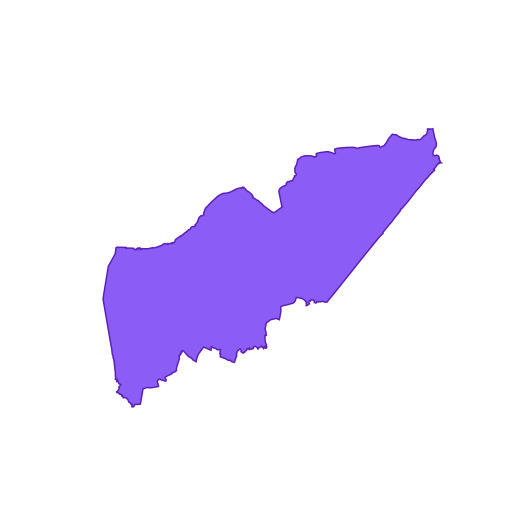 Mueang Samut Songkhram, Samut Songkhram, Thailand (Mercator projection), rotated 204°
{"feature_id": "78962969B53970702814040", "entity_name": "Mueang Samut Songkhram", "entity_type": "district", "adm_level": 2, "iso_a3": "THA", "parent_name": "Thailand", "parent_adm1": "Samut Songkhram", "projection": "mercator", "projection_center": [99.999, 13.396], "detail": "fine", "context": "isolated", "style": "filled", "palette": "violet", "viewbox_px": 512, "rotation_deg": 204, "n_neighbors": 0, "source": "geoboundaries", "source_scale": "gbopen_adm2", "svg_char_len": 6104}
<svg xmlns="http://www.w3.org/2000/svg" viewBox="0 0 512 512"><g transform="rotate(204 256 256)"><path d="M146.2,444.2L147.5,443.0L148.7,443.0L149.3,442.2L150.4,442.2L151.0,441.8L150.9,441.4L150.0,440.0L150.1,439.3L149.6,437.1L150.8,434.7L151.5,434.1L152.6,430.6L153.2,429.3L153.6,428.8L155.5,428.3L156.3,427.5L158.6,426.3L159.9,426.0L162.5,424.9L164.6,424.2L168.0,423.9L170.6,423.1L172.1,423.3L174.3,423.2L175.8,423.7L177.1,423.8L179.1,423.0L181.0,422.7L182.5,417.6L183.2,411.3L183.6,410.1L183.6,409.3L186.7,405.7L188.2,406.8L189.3,406.7L193.5,404.5L205.2,397.3L207.3,395.4L209.3,395.4L211.6,394.7L217.4,392.0L223.7,388.5L225.7,387.3L227.5,385.6L227.4,385.1L225.2,382.1L226.3,381.2L228.7,381.2L232.6,380.6L234.2,379.8L239.4,376.6L242.1,374.5L242.4,373.9L242.4,373.2L241.2,372.0L241.7,371.2L242.7,370.5L242.8,370.0L244.5,370.2L246.3,369.9L251.4,367.8L253.0,366.7L254.9,364.9L257.2,360.9L256.7,359.4L256.1,356.1L256.3,353.7L256.1,351.6L254.2,348.0L252.6,347.3L252.2,346.8L252.3,345.5L253.2,345.2L253.5,344.7L252.9,343.3L253.3,342.3L253.2,339.9L254.8,338.6L255.4,338.4L255.9,337.3L257.2,336.9L258.0,334.8L257.4,333.7L257.4,333.0L260.0,330.1L261.3,327.9L261.7,326.5L261.6,324.9L260.9,323.6L252.7,312.0L252.0,311.5L257.1,302.7L258.1,303.0L258.6,302.6L269.8,305.1L271.8,306.1L275.6,307.0L276.1,307.5L276.9,307.6L277.7,307.3L281.1,308.1L282.4,307.9L282.9,308.3L283.0,309.2L283.6,309.8L285.9,310.9L289.3,311.8L289.6,311.5L290.3,311.7L293.7,313.2L294.6,313.0L294.9,313.7L296.4,313.3L296.3,312.5L298.3,311.7L300.0,310.1L300.4,310.1L305.5,303.9L308.4,301.5L311.3,300.0L313.5,297.7L315.1,295.3L319.2,285.9L320.8,280.9L321.5,279.5L321.5,275.7L321.1,274.9L321.4,273.8L320.4,272.8L321.4,270.9L322.6,270.5L322.7,270.1L323.3,269.0L323.6,267.5L323.5,263.8L323.0,263.3L324.3,259.8L323.8,259.4L324.0,258.8L323.7,258.2L324.3,257.8L325.7,257.3L326.6,256.3L327.0,255.4L326.9,253.6L328.1,252.8L329.6,249.3L330.0,249.0L331.8,245.2L332.5,244.1L333.1,243.6L332.9,243.1L333.4,243.0L335.9,238.9L336.2,237.9L336.1,236.4L336.3,234.7L337.8,234.2L338.0,233.8L337.7,233.4L338.0,233.1L338.8,233.1L339.3,232.8L340.6,231.5L341.6,231.7L342.1,230.4L342.6,230.3L343.5,230.6L344.5,230.2L345.9,228.6L346.2,227.5L349.0,225.0L349.1,224.6L352.7,221.8L354.3,221.3L354.7,220.8L358.0,218.5L363.2,216.3L363.7,214.9L364.0,215.0L365.0,216.2L365.7,215.9L365.5,215.6L365.7,215.3L366.7,215.3L366.6,214.6L367.0,215.0L367.4,214.9L368.2,213.8L368.2,212.9L368.5,213.0L370.0,212.4L370.9,213.3L376.6,211.0L377.2,210.4L377.5,210.6L377.8,210.4L377.8,210.9L378.2,211.0L384.7,208.3L385.1,207.8L385.5,207.7L385.8,207.9L386.4,207.6L387.2,206.7L385.5,200.6L386.7,186.5L379.5,159.0L378.6,155.9L378.2,155.3L378.3,154.6L355.0,119.7L349.6,111.8L347.2,107.6L345.6,106.4L345.5,105.3L343.8,103.6L341.7,100.3L341.1,98.8L340.2,98.1L339.8,96.9L336.9,92.0L335.6,89.0L334.7,87.8L334.5,86.3L334.1,86.2L333.2,86.7L332.5,86.7L332.2,86.3L332.6,85.4L332.2,84.7L331.7,85.2L331.0,85.2L330.6,85.0L330.2,84.2L328.8,83.4L328.0,83.7L327.1,83.5L327.4,81.9L328.0,80.6L327.1,79.6L327.3,77.1L327.6,76.0L328.1,75.3L327.6,74.7L326.4,75.1L324.6,74.3L322.4,74.7L322.1,74.4L321.9,73.6L321.4,73.5L321.0,74.1L319.7,72.5L317.4,73.6L314.8,72.8L312.5,70.7L311.1,70.7L309.8,69.7L308.6,70.2L308.3,69.2L308.5,68.1L308.1,67.8L306.5,68.4L306.0,71.5L303.9,72.2L301.4,73.6L305.2,88.9L303.4,90.2L302.1,91.6L299.6,92.3L298.2,93.0L292.0,97.1L292.4,97.9L295.4,101.6L294.5,104.0L287.5,104.9L287.7,106.4L289.3,107.4L289.8,108.3L288.0,110.7L285.3,113.7L284.9,114.4L285.0,115.2L284.2,116.1L283.3,116.7L282.0,119.0L282.6,119.6L283.2,122.3L284.2,130.8L285.1,132.7L285.8,133.6L285.6,134.3L285.0,134.6L285.1,135.8L284.7,136.3L285.5,137.7L285.4,138.0L284.5,138.2L284.9,139.0L284.7,139.7L283.2,139.7L279.0,137.6L276.2,136.6L273.3,136.4L271.4,135.4L267.7,135.1L268.5,138.4L268.8,142.6L266.8,151.5L258.8,151.6L259.9,155.0L257.8,154.7L254.9,155.1L253.2,154.6L250.4,156.1L249.3,151.9L248.3,152.0L247.7,149.4L242.7,149.7L240.4,149.7L239.2,149.4L237.9,149.8L237.3,150.3L235.5,149.6L232.5,150.0L233.0,155.1L233.0,156.5L233.4,157.8L234.2,158.9L234.0,159.8L234.2,160.5L234.3,161.8L233.7,162.4L233.5,163.5L233.0,164.2L232.3,164.6L231.4,164.1L230.7,162.4L229.7,162.4L228.3,162.0L228.2,162.6L227.5,163.0L227.0,164.9L226.4,165.6L226.2,166.8L226.4,167.9L225.1,167.9L224.8,168.9L224.1,168.0L223.6,169.0L222.8,168.7L222.4,168.8L221.0,170.2L221.0,170.6L221.4,171.7L220.6,172.3L220.2,173.1L218.6,173.1L217.6,172.9L216.8,171.9L216.4,171.9L216.1,172.1L216.1,173.2L215.6,174.1L214.7,174.8L214.5,176.0L211.5,174.5L211.4,175.3L211.8,176.0L211.5,176.5L210.4,176.3L209.9,175.6L209.4,175.7L209.2,176.0L209.2,177.4L210.6,178.4L210.3,179.2L212.2,180.8L213.5,182.9L214.7,185.4L215.5,186.8L215.4,187.1L214.4,187.5L214.3,187.9L216.4,191.1L218.0,193.0L219.3,198.7L219.1,199.7L217.8,201.5L217.3,203.0L216.5,203.9L212.4,207.0L211.3,207.2L208.8,207.3L210.4,214.3L210.7,215.5L212.5,219.0L212.5,220.5L205.3,226.0L203.9,227.5L203.3,227.5L202.9,228.0L202.5,228.7L201.9,230.6L202.3,234.6L198.3,235.6L196.4,235.9L194.3,235.6L192.4,234.9L191.5,234.2L190.2,232.2L189.9,231.1L188.8,232.0L188.5,233.2L187.7,234.0L188.0,234.6L189.3,235.2L189.4,235.8L189.0,236.9L187.9,237.0L187.8,238.1L187.5,238.4L186.3,239.1L185.1,239.0L184.4,238.5L183.8,237.2L183.0,237.5L182.2,237.3L182.0,237.6L181.9,239.1L180.4,239.2L179.7,240.0L178.2,240.5L177.2,241.6L176.3,241.8L174.8,241.7L172.9,242.5L172.1,243.1L171.9,245.2L169.9,252.0L156.7,302.7L151.3,322.5L150.2,325.9L149.1,328.3L149.7,329.0L147.1,338.8L146.3,340.9L145.2,345.3L145.1,346.6L143.1,353.6L142.9,355.2L142.4,355.9L143.0,357.6L142.2,358.3L141.8,359.4L139.3,367.9L136.1,381.0L135.1,383.7L131.9,395.9L131.3,396.8L130.3,400.8L127.7,406.9L128.3,407.3L128.4,407.8L128.8,407.5L129.1,407.7L128.6,408.3L127.8,411.5L127.7,412.7L127.0,414.1L127.0,415.2L126.5,416.2L126.2,416.3L125.8,415.7L125.3,416.3L124.8,416.5L125.7,416.8L126.0,417.3L127.5,418.3L127.9,419.2L128.6,419.3L128.5,420.1L129.9,421.6L130.6,421.7L132.2,421.5L132.8,420.6L133.8,420.5L134.6,419.9L135.5,420.7L136.3,422.0L136.9,425.4L136.8,426.3L136.2,428.0L136.0,429.2L136.7,431.8L137.4,432.9L141.1,437.0L146.2,444.2Z" fill="#8b5cf6" stroke="#5b21b6" stroke-width="1.5"/></g></svg>